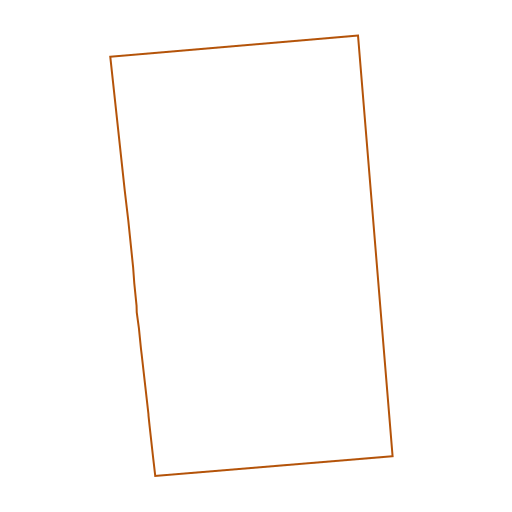 Ozark, Missouri, United States of America (Mercator projection), rotated 84°
{"feature_id": "52423323B58734474241288", "entity_name": "Ozark", "entity_type": "district", "adm_level": 2, "iso_a3": "USA", "parent_name": "United States of America", "parent_adm1": "Missouri", "projection": "mercator", "projection_center": [-92.375, 36.652], "detail": "fine", "context": "isolated", "style": "outline", "palette": "amber", "viewbox_px": 512, "rotation_deg": 84, "n_neighbors": 0, "source": "geoboundaries", "source_scale": "gbopen_adm2", "svg_char_len": 414}
<svg xmlns="http://www.w3.org/2000/svg" viewBox="0 0 512 512"><g transform="rotate(84 256 256)"><path d="M47.4,131.5L42.6,380.1L177.2,379.7L199.9,379.4L207.8,379.3L254.8,379.4L270.2,379.9L293.1,380.0L299.5,380.5L315.5,380.0L336.2,380.1L342.0,380.0L402.1,379.5L403.6,379.6L405.3,379.6L413.1,379.6L444.9,379.4L453.0,379.3L464.2,379.2L469.4,141.1L47.4,131.5Z" fill="none" stroke="#b45309" stroke-width="2"/></g></svg>